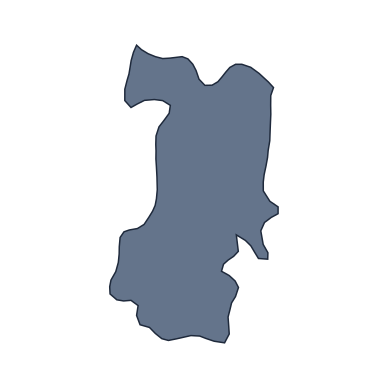 outline of Fama, Minas Gerais, Brazil, rotated 350°
{"feature_id": "56859067B48814730172569", "entity_name": "Fama", "entity_type": "district", "adm_level": 2, "iso_a3": "BRA", "parent_name": "Brazil", "parent_adm1": "Minas Gerais", "projection": "natural_earth1", "projection_center": [-45.815, -21.463], "detail": "fine", "context": "isolated", "style": "filled", "palette": "slate", "viewbox_px": 384, "rotation_deg": 350, "n_neighbors": 0, "source": "geoboundaries", "source_scale": "gbopen_adm2", "svg_char_len": 1561}
<svg xmlns="http://www.w3.org/2000/svg" viewBox="0 0 384 384"><g transform="rotate(350 192 192)"><path d="M117.8,313.7L126.6,318.0L131.3,324.9L136.8,331.2L143.0,334.1L151.4,333.9L166.0,333.2L174.6,335.2L180.2,338.6L187.9,342.8L197.9,346.2L204.0,338.3L204.9,330.2L205.8,321.4L208.8,314.8L211.7,308.1L216.7,302.5L221.2,294.1L219.0,287.1L214.1,280.7L207.3,275.2L210.5,268.6L215.8,265.3L221.8,262.6L227.3,258.5L228.2,241.9L236.1,248.9L240.6,255.2L243.2,262.1L245.9,269.0L254.9,271.3L256.2,265.0L253.0,256.0L253.0,242.2L258.1,234.6L265.6,230.8L273.0,228.3L274.2,221.6L267.1,214.7L262.4,203.3L263.9,194.6L266.0,187.6L269.4,179.2L272.4,171.1L274.2,164.4L277.5,155.0L279.5,145.6L281.2,137.8L283.1,129.2L284.5,120.4L286.3,110.7L290.4,103.3L286.3,96.9L278.6,86.8L271.5,79.4L263.3,74.9L257.1,73.8L250.9,75.9L246.2,79.7L241.5,83.9L236.7,87.9L230.3,90.3L223.2,89.2L218.5,82.1L217.1,73.1L215.0,66.4L211.1,60.2L205.8,57.0L193.2,56.3L186.3,55.5L179.5,52.4L172.8,48.2L166.9,43.0L162.9,37.8L158.6,44.3L154.9,52.0L152.8,58.1L150.4,64.9L147.5,70.7L143.7,79.1L141.7,90.3L146.6,98.2L153.4,95.8L161.1,93.5L171.0,94.4L179.0,96.9L185.7,102.9L183.2,110.5L177.0,116.5L170.8,122.1L166.3,130.6L164.6,138.9L163.7,145.3L162.2,153.2L161.3,161.3L160.1,171.1L158.2,183.7L155.8,192.5L153.4,198.8L149.9,204.0L145.2,209.3L139.2,215.6L131.9,218.5L123.6,218.5L118.1,219.4L113.3,224.3L110.9,233.2L109.5,240.4L107.2,248.6L103.1,257.2L96.9,264.7L94.5,271.0L93.6,278.2L99.2,285.1L105.7,287.4L113.1,288.1L119.2,294.5L116.0,303.9L117.8,313.7Z" fill="#64748b" stroke="#1e293b" stroke-width="1.5"/></g></svg>